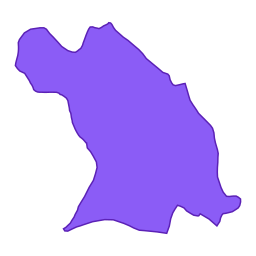 Matagi, Tuvalu (Natural Earth projection)
{"feature_id": "33948139B17363749661168", "entity_name": "Matagi", "entity_type": "district", "adm_level": 2, "iso_a3": "TUV", "parent_name": "Tuvalu", "parent_adm1": "", "projection": "natural_earth1", "projection_center": [178.689, -7.484], "detail": "fine", "context": "isolated", "style": "filled", "palette": "violet", "viewbox_px": 256, "rotation_deg": 0, "n_neighbors": 0, "source": "geoboundaries", "source_scale": "gbopen_adm2", "svg_char_len": 2293}
<svg xmlns="http://www.w3.org/2000/svg" viewBox="0 0 256 256"><path d="M166.7,233.3L169.3,226.1L170.7,218.7L172.8,212.8L175.1,208.9L177.5,205.3L180.4,206.2L184.0,207.9L186.6,210.9L190.6,213.4L193.7,215.2L197.7,215.9L198.7,215.8L200.2,213.8L209.0,219.0L216.9,225.9L219.8,221.4L220.6,217.8L221.9,215.0L223.2,213.6L225.2,213.4L227.9,212.8L232.3,211.7L235.2,209.9L238.2,207.9L239.7,205.6L240.6,201.9L240.5,199.0L238.3,197.2L236.2,196.1L233.1,196.1L229.2,196.5L226.5,196.3L223.2,192.2L221.0,187.5L217.5,177.0L217.3,172.1L217.4,167.7L217.8,162.4L217.9,157.4L218.2,153.5L217.4,149.6L215.4,142.8L214.4,138.1L213.9,132.8L212.5,128.2L210.5,125.4L205.1,119.9L198.5,113.3L196.6,110.2L194.5,107.1L192.9,104.8L190.1,100.3L188.7,95.8L187.4,91.2L185.1,83.5L183.2,83.8L179.2,84.8L175.5,85.6L173.2,84.9L171.7,83.0L170.1,79.8L169.2,75.8L167.8,74.1L162.8,72.4L159.7,69.7L146.3,58.6L142.7,53.7L138.7,49.5L134.4,45.9L128.1,40.5L123.3,37.2L115.5,30.3L113.5,27.5L111.9,24.5L110.6,23.0L108.7,22.7L108.1,23.6L106.7,24.5L103.6,25.9L101.3,27.5L99.0,28.6L97.0,28.1L94.8,27.7L92.8,26.9L90.2,27.0L88.7,29.1L87.4,31.9L86.0,35.4L84.4,39.8L83.2,43.0L82.5,45.4L80.8,48.4L79.1,49.6L77.5,51.0L75.4,52.3L72.3,52.1L67.8,50.6L61.7,46.5L57.8,42.1L53.3,37.2L49.6,33.5L46.4,29.2L43.9,27.8L40.1,27.8L30.6,29.2L24.4,32.9L19.5,39.5L18.3,42.6L18.5,46.7L18.5,49.2L18.3,52.1L17.8,55.4L16.6,59.8L15.8,63.0L15.4,65.6L17.5,68.6L19.8,71.0L24.7,73.3L29.4,80.7L30.4,82.9L32.1,85.4L33.1,87.6L33.7,89.6L35.5,91.1L37.6,92.0L37.8,92.0L39.5,92.2L41.8,92.2L44.1,92.3L46.6,92.3L49.5,92.2L52.8,92.2L56.6,92.3L58.9,93.1L60.2,94.5L61.5,94.7L63.9,96.2L66.4,98.1L67.9,100.6L68.1,101.8L69.3,107.9L69.6,110.6L70.8,113.2L71.1,115.1L71.4,117.4L72.2,120.7L72.4,122.5L75.1,128.9L76.1,130.9L77.2,132.9L78.7,135.3L80.2,137.1L81.6,138.1L83.3,139.6L84.8,141.3L86.2,143.0L86.6,143.0L87.3,147.9L90.6,151.7L93.3,156.2L96.4,162.0L97.1,167.5L96.1,171.4L95.4,174.1L93.4,180.4L89.2,187.3L86.8,192.1L84.5,196.7L81.2,202.0L78.4,206.7L77.5,210.2L75.2,214.4L74.1,217.1L71.9,220.4L70.3,223.2L67.7,225.6L66.1,227.2L63.5,228.8L64.8,230.9L67.8,231.1L72.5,228.8L76.6,226.9L80.4,225.8L82.9,224.9L92.6,221.7L104.7,219.6L113.3,219.8L123.9,223.4L129.3,225.7L133.8,228.0L139.3,230.2L144.3,230.6L150.3,231.2L157.2,231.9L166.7,233.3Z" fill="#8b5cf6" stroke="#5b21b6" stroke-width="1.5"/></svg>